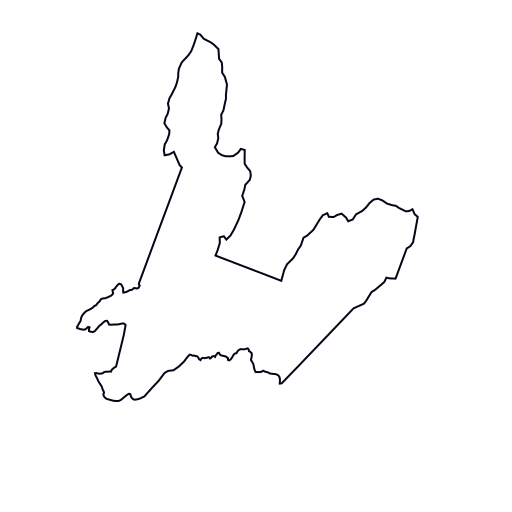 the district of Boa Vista do Ramos, Amazonas, Brazil, rotated 201°
{"feature_id": "56859067B11380578254177", "entity_name": "Boa Vista do Ramos", "entity_type": "district", "adm_level": 2, "iso_a3": "BRA", "parent_name": "Brazil", "parent_adm1": "Amazonas", "projection": "equal_earth", "projection_center": [-57.61, -3.16], "detail": "fine", "context": "isolated", "style": "outline", "palette": "ink", "viewbox_px": 512, "rotation_deg": 201, "n_neighbors": 0, "source": "geoboundaries", "source_scale": "gbopen_adm2", "svg_char_len": 4651}
<svg xmlns="http://www.w3.org/2000/svg" viewBox="0 0 512 512"><g transform="rotate(201 256 256)"><path d="M342.1,69.3L339.7,69.5L337.0,69.8L334.0,70.7L332.1,71.6L330.7,73.0L329.5,75.1L328.4,77.1L327.1,79.3L326.3,80.6L325.2,81.9L323.8,82.0L322.8,80.6L321.5,79.2L319.5,78.3L317.9,78.3L316.1,79.3L314.5,80.3L312.9,81.7L311.6,83.1L309.8,85.0L308.9,87.6L307.5,91.2L305.9,95.5L302.1,104.7L300.1,111.8L299.7,113.4L298.9,114.8L297.7,116.2L296.8,117.3L292.2,119.7L291.3,120.9L290.2,122.6L288.9,124.5L288.1,125.7L287.6,127.1L286.7,128.8L285.8,130.7L285.1,132.5L284.3,135.6L283.3,138.6L282.5,140.2L281.1,140.4L279.5,140.2L278.1,140.9L276.5,140.9L275.3,141.3L273.9,140.8L272.2,139.3L270.5,138.9L270.2,140.7L269.2,141.8L267.3,142.2L265.6,143.2L264.4,144.3L263.3,144.6L262.3,143.8L261.4,144.8L261.0,146.4L259.6,147.5L258.1,147.1L258.0,148.7L257.5,150.0L257.1,151.6L255.9,152.4L254.2,150.9L252.2,150.8L250.3,151.1L248.1,151.4L247.0,150.9L245.7,150.8L244.8,148.9L243.3,149.1L242.4,150.9L242.0,152.6L241.7,154.7L241.1,157.0L239.4,158.4L239.1,160.3L238.4,162.1L237.0,163.5L235.9,163.9L234.1,164.4L232.5,165.3L230.7,166.8L229.2,166.0L228.5,164.7L226.8,164.4L225.1,163.6L224.5,162.3L223.9,160.2L223.5,157.3L222.6,156.4L221.2,155.4L219.6,154.0L218.2,151.6L217.0,149.8L216.0,148.7L214.8,147.5L213.0,148.2L211.2,148.9L209.8,149.5L208.2,151.5L206.2,151.3L204.2,151.5L202.8,151.6L201.2,151.3L199.6,151.6L198.3,151.9L196.4,152.5L195.3,152.7L193.7,152.8L192.3,152.5L190.8,151.5L189.7,149.9L188.9,148.0L188.1,145.4L186.4,146.3L175.7,171.4L173.6,176.5L165.1,196.8L162.8,202.3L146.2,242.0L143.3,245.0L140.7,247.6L138.2,250.1L137.1,253.5L136.3,258.2L135.2,263.8L132.8,266.9L128.7,274.3L126.9,277.8L126.5,282.5L123.2,283.0L117.6,284.9L117.8,301.1L118.0,317.0L115.4,320.6L114.3,325.1L115.0,329.0L115.7,333.1L119.0,350.5L122.9,351.9L126.7,355.7L129.1,352.9L132.0,351.4L140.0,352.1L143.3,353.0L147.2,352.2L152.7,351.9L158.0,353.2L160.6,353.2L162.7,353.2L166.4,350.8L169.0,346.1L170.6,340.9L173.0,336.1L177.5,330.8L178.8,324.7L182.4,321.5L185.6,324.1L188.8,325.3L191.3,326.2L194.9,323.4L197.5,320.2L202.0,318.7L204.8,321.5L208.2,318.0L209.5,313.4L211.8,301.0L215.6,293.3L218.2,290.1L217.9,281.8L219.0,277.6L219.6,271.6L220.5,267.3L224.1,259.3L224.6,252.7L223.5,241.9L250.6,241.9L252.1,241.9L279.4,241.9L294.0,241.9L293.9,247.0L294.4,255.1L296.6,260.3L293.1,262.9L289.6,260.7L287.2,265.8L286.0,273.0L285.3,283.4L285.4,292.4L286.0,302.4L289.2,305.9L290.4,307.1L290.7,313.8L291.5,318.6L289.1,324.8L289.6,329.1L291.8,333.1L296.1,335.5L299.6,338.0L301.5,342.7L304.5,350.9L308.5,350.6L309.8,346.0L313.1,341.1L316.8,339.4L320.4,338.2L324.1,337.9L328.3,338.8L333.4,342.8L332.7,347.1L333.4,352.4L335.5,356.4L336.0,360.8L335.8,366.9L337.1,371.0L339.1,375.4L338.6,380.4L339.4,385.1L340.4,392.1L341.8,395.6L344.5,405.6L349.2,412.0L353.3,415.0L355.4,420.6L357.3,424.4L361.1,426.8L365.2,435.7L371.3,438.3L375.2,439.3L382.4,440.0L387.4,442.7L390.5,442.9L390.0,435.6L389.8,429.5L389.9,424.0L391.1,419.1L394.7,410.2L395.1,403.1L394.1,398.8L392.8,395.2L392.0,389.8L391.8,385.1L392.7,375.9L393.3,372.7L392.8,366.7L390.1,362.6L389.4,356.9L389.9,352.7L389.1,347.1L385.3,344.1L381.9,342.3L380.7,338.7L380.5,332.2L381.2,327.6L379.9,321.5L377.4,317.3L373.3,319.8L370.0,323.8L359.8,313.4L356.9,312.1L356.5,280.4L356.3,257.0L355.5,189.4L355.4,187.9L354.0,186.7L354.2,184.2L355.6,182.9L357.2,182.7L358.4,182.4L359.2,180.8L360.2,179.5L361.4,179.2L362.5,177.8L364.2,175.9L365.6,175.0L366.8,174.3L367.7,176.1L368.4,178.2L370.5,180.3L372.2,181.3L373.8,181.1L374.8,179.3L375.6,177.0L375.9,175.5L376.5,174.0L377.8,172.8L377.0,171.3L376.0,170.1L376.3,168.4L377.4,166.6L379.4,164.6L380.7,163.3L382.0,162.3L383.8,161.5L385.3,160.1L385.7,157.7L386.9,155.4L387.6,152.8L389.0,151.4L389.8,149.4L391.4,147.3L392.9,145.6L394.2,144.3L395.1,143.1L395.9,141.3L396.8,138.8L397.1,136.7L396.9,134.6L396.5,132.2L397.1,129.5L397.3,127.5L397.7,125.9L397.1,124.6L395.4,124.8L394.0,124.7L392.2,125.1L390.3,125.5L389.1,126.3L388.0,128.2L387.3,129.7L385.8,129.7L385.7,127.6L385.0,126.0L383.8,126.0L382.3,126.3L380.9,126.6L379.6,128.0L377.8,133.0L377.1,135.0L375.9,136.8L374.7,139.4L373.5,141.3L371.8,142.1L370.2,141.0L368.6,139.3L366.1,140.1L365.0,140.7L363.8,141.2L362.2,141.8L361.1,142.3L359.6,143.1L358.0,144.2L356.3,145.3L354.7,145.6L353.0,144.8L351.1,134.7L347.0,102.7L348.2,101.1L349.3,99.4L349.9,98.0L349.9,96.1L351.8,95.5L353.0,94.8L354.7,94.2L356.2,93.2L357.0,91.8L358.4,90.7L359.9,90.0L361.5,89.7L363.0,89.5L364.3,88.9L363.2,87.2L360.6,84.9L357.6,82.0L353.9,79.4L353.0,78.5L352.1,77.4L351.0,76.1L349.9,75.2L348.9,74.1L349.0,72.4L348.0,70.8L346.8,69.9L344.5,69.1L342.1,69.3Z" fill="none" stroke="#020617" stroke-width="2"/></g></svg>